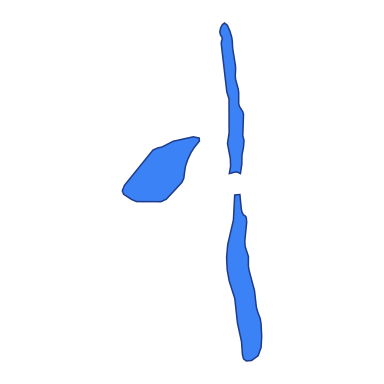 Penama, Equal Earth projection
{"feature_id": "VUT-564", "entity_name": "Penama", "entity_type": "Province", "adm_level": 1, "iso_a3": "VUT", "parent_name": "Vanuatu", "parent_adm1": "", "projection": "equal_earth", "projection_center": [168.1, -15.454], "detail": "fine", "context": "isolated", "style": "filled", "palette": "blue", "viewbox_px": 384, "rotation_deg": 0, "n_neighbors": 0, "source": "natural_earth", "source_scale": "10m", "svg_char_len": 1263}
<svg xmlns="http://www.w3.org/2000/svg" viewBox="0 0 384 384"><path d="M242.0,212.1L243.6,215.0L245.1,215.8L246.2,217.3L246.7,222.1L244.8,241.3L245.2,246.6L248.4,256.5L248.4,266.1L249.1,270.5L254.5,290.6L256.3,306.7L257.5,311.4L260.2,318.5L261.1,324.1L261.7,336.4L261.1,347.4L258.1,355.7L251.6,360.5L246.3,361.0L243.5,358.8L242.4,354.3L241.5,341.7L237.4,322.7L234.8,298.6L229.2,281.0L227.2,269.9L226.6,257.6L227.7,244.6L233.4,220.1L234.7,195.0L239.9,194.5L241.3,209.0L242.0,212.1ZM184.5,172.6L183.8,178.3L181.8,182.5L166.3,199.2L161.0,201.7L136.6,201.6L131.6,199.5L123.7,194.3L122.3,190.8L124.5,185.3L153.0,150.0L158.1,147.8L162.0,147.0L173.3,141.2L193.2,136.8L199.2,138.0L199.4,141.1L194.0,147.8L191.0,152.6L187.9,159.1L185.5,166.1L184.5,172.6ZM221.2,43.3L221.6,40.9L222.2,39.3L222.1,37.6L220.4,34.8L219.8,31.8L220.6,28.0L222.4,24.6L224.5,23.0L227.3,25.2L229.8,30.8L231.7,37.0L232.3,41.2L232.7,48.5L235.5,66.0L235.6,69.2L235.3,75.8L235.5,79.0L238.3,89.3L238.7,92.8L238.7,103.8L239.5,106.5L242.7,111.6L243.5,114.3L242.8,135.8L244.0,140.3L243.6,146.3L242.0,155.2L241.8,164.3L240.4,173.6L237.4,172.1L234.9,172.1L229.3,173.6L230.6,166.3L230.3,158.4L227.5,143.6L229.1,132.7L229.0,99.0L226.8,91.9L221.2,43.3Z" fill="#3b82f6" stroke="#1e3a8a" stroke-width="1.5"/></svg>